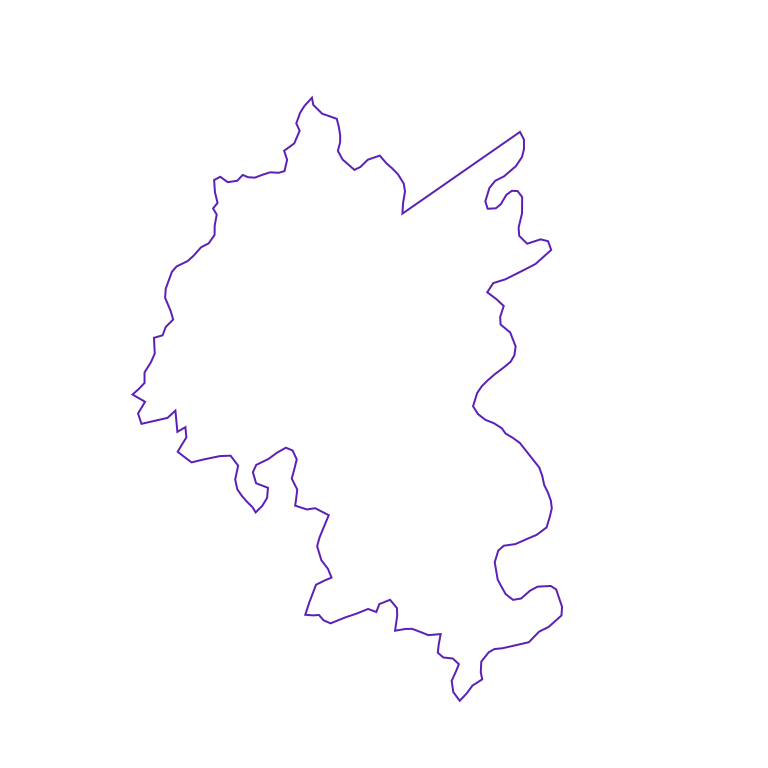 Grandes Rios, Paraná, Brazil (Equal Earth projection), rotated 197°
{"feature_id": "56859067B21622143910331", "entity_name": "Grandes Rios", "entity_type": "district", "adm_level": 2, "iso_a3": "BRA", "parent_name": "Brazil", "parent_adm1": "Paraná", "projection": "equal_earth", "projection_center": [-51.453, -24.192], "detail": "fine", "context": "isolated", "style": "outline", "palette": "violet", "viewbox_px": 768, "rotation_deg": 197, "n_neighbors": 0, "source": "geoboundaries", "source_scale": "gbopen_adm2", "svg_char_len": 2890}
<svg xmlns="http://www.w3.org/2000/svg" viewBox="0 0 768 768"><g transform="rotate(197 384 384)"><path d="M203.7,130.3L207.1,136.4L209.8,146.9L205.4,158.1L200.8,162.9L193.7,165.8L170.0,179.4L163.3,192.5L155.6,199.7L146.6,214.5L148.6,223.0L159.3,237.9L165.5,239.6L177.9,235.1L183.9,229.1L190.2,218.9L197.5,215.3L206.2,218.6L213.7,225.8L218.1,230.2L226.0,245.9L226.0,258.2L222.1,264.4L211.6,269.3L200.7,278.7L193.9,284.4L186.6,294.4L186.6,305.6L187.2,314.2L190.2,321.0L195.3,327.9L201.3,334.3L205.8,342.4L211.2,349.6L236.8,367.3L245.2,370.2L253.3,372.2L258.3,376.1L267.3,378.6L276.7,379.4L285.3,382.7L292.3,388.7L292.3,402.5L289.8,410.5L285.9,417.8L281.1,425.5L273.5,436.0L269.4,442.4L267.7,449.6L269.1,458.4L278.4,470.2L289.8,474.9L292.5,481.8L292.3,493.6L301.3,498.0L312.1,501.9L309.0,512.5L298.8,519.4L282.3,535.1L274.2,543.1L263.3,561.1L268.8,568.5L276.6,568.1L288.1,560.0L298.0,565.2L301.0,572.9L301.9,587.5L306.5,603.1L312.7,607.6L318.2,606.1L322.3,600.7L324.8,590.3L328.4,584.7L336.1,581.9L340.5,588.3L340.5,602.3L337.1,610.8L329.9,617.7L321.5,631.0L318.4,641.5L318.8,649.5L321.7,658.8L327.7,664.8L416.2,552.3L418.7,562.9L420.2,574.2L423.7,581.4L431.9,588.6L439.4,592.7L446.3,595.8L454.8,601.2L465.0,593.8L470.0,584.7L474.9,580.1L481.3,583.0L489.3,586.6L496.3,593.5L496.6,602.3L498.7,609.2L502.5,616.9L506.7,623.8L522.2,624.4L533.2,630.2L536.6,636.7L541.4,626.6L543.5,618.9L544.1,607.6L538.7,601.5L540.2,587.8L547.7,577.8L542.2,570.1L541.4,558.5L546.5,555.2L554.9,553.1L561.6,548.4L567.8,543.6L574.4,542.0L580.2,542.6L583.8,535.4L592.5,531.3L601.2,534.3L606.1,529.4L601.8,518.1L596.1,508.5L598.8,501.9L593.5,497.1L592.2,485.9L589.6,477.0L592.8,467.2L598.9,461.3L603.9,450.4L607.9,444.0L616.7,435.8L619.6,429.4L620.6,411.3L618.5,402.4L609.4,391.5L604.5,384.0L609.4,374.7L610.0,365.8L617.5,360.9L612.1,346.0L613.3,336.4L616.4,325.1L613.3,315.0L617.2,307.3L621.4,300.4L607.3,297.1L610.6,283.9L604.3,275.0L581.1,288.3L575.7,297.6L567.6,277.8L561.3,284.7L557.4,275.1L559.5,267.0L561.5,258.9L551.9,255.2L545.1,252.8L534.8,258.9L520.0,267.0L509.8,270.6L499.6,263.3L498.4,249.2L493.5,240.4L486.9,235.2L480.0,231.0L473.8,227.8L469.2,223.7L464.8,231.9L462.5,240.9L464.6,250.8L477.3,251.7L483.6,261.3L482.5,269.3L472.5,278.6L466.2,287.1L459.2,294.4L452.0,293.7L445.4,286.4L444.8,275.1L444.6,266.6L436.1,257.7L434.5,248.9L433.4,241.7L421.0,241.5L413.5,245.1L398.5,242.4L400.8,218.2L400.5,209.3L392.4,197.2L383.5,190.8L377.6,183.5L383.4,178.7L390.3,172.2L391.6,152.9L391.8,140.3L384.1,142.0L378.7,144.1L372.6,140.3L365.1,139.5L353.0,149.3L342.6,156.8L333.5,164.2L324.7,163.7L324.1,172.2L315.1,179.4L306.1,173.5L303.6,166.1L301.3,151.3L291.9,156.0L285.5,158.1L277.8,157.6L268.2,156.8L256.7,161.4L255.5,150.8L254.0,142.8L247.3,139.8L238.0,141.6L230.5,138.0L231.1,130.6L232.5,119.9L227.7,109.7L219.0,103.2L214.5,112.2L211.2,121.5L203.7,130.3Z" fill="none" stroke="#5b21b6" stroke-width="2"/></g></svg>